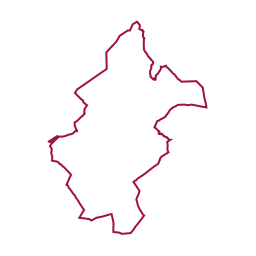 the district of Nome nor, Telemark, Norway, rotated 264°
{"feature_id": "86288312B14139397514158", "entity_name": "Nome nor", "entity_type": "district", "adm_level": 2, "iso_a3": "NOR", "parent_name": "Norway", "parent_adm1": "Telemark", "projection": "mercator", "projection_center": [9.16, 59.264], "detail": "fine", "context": "isolated", "style": "outline", "palette": "rose", "viewbox_px": 256, "rotation_deg": 264, "n_neighbors": 0, "source": "geoboundaries", "source_scale": "gbopen_adm2", "svg_char_len": 5547}
<svg xmlns="http://www.w3.org/2000/svg" viewBox="0 0 256 256"><g transform="rotate(264 128 128)"><path d="M43.8,70.2L41.5,79.9L39.8,81.9L42.0,87.1L42.6,93.4L44.0,100.8L44.1,102.7L35.2,103.7L27.8,102.7L26.1,102.6L25.1,107.5L24.9,108.0L24.9,108.4L24.7,108.6L24.6,108.9L24.4,109.2L24.3,109.5L24.0,109.7L23.9,110.1L23.4,110.8L23.3,113.0L23.3,113.9L23.2,119.7L27.8,124.1L28.8,124.7L30.5,126.6L39.3,134.9L40.2,133.9L45.9,131.2L48.6,130.1L50.2,129.7L51.5,129.6L51.9,129.4L52.9,129.5L54.4,129.2L55.1,128.9L55.8,128.8L56.5,129.1L57.6,129.4L59.3,130.6L62.2,132.1L64.3,132.8L69.1,130.3L69.9,130.0L70.7,129.4L71.9,128.9L73.7,127.8L74.7,129.3L75.0,129.6L75.1,130.6L76.3,131.7L76.9,132.7L79.4,137.5L80.1,138.9L86.0,148.4L87.1,150.2L88.9,153.5L89.5,154.4L90.4,155.0L91.4,155.4L92.6,156.2L93.4,156.4L94.3,156.8L94.6,156.9L94.7,157.1L94.8,157.2L95.4,157.8L95.8,158.0L96.8,159.9L97.1,160.6L97.4,161.1L98.0,162.4L98.1,162.7L98.8,164.2L99.3,164.9L99.6,165.7L102.3,164.9L107.0,165.7L110.1,165.5L111.8,168.7L111.9,167.9L112.1,167.8L112.1,167.6L113.2,166.8L113.3,166.6L113.5,166.3L114.1,166.3L114.6,165.8L114.9,165.3L115.1,164.7L115.1,164.2L116.1,163.3L116.3,163.2L116.3,162.7L116.7,162.3L117.0,162.3L117.7,161.9L118.2,161.2L118.4,161.1L118.8,161.0L118.9,160.8L118.9,160.4L118.6,160.1L118.7,159.8L118.4,159.7L118.5,159.2L118.9,158.6L118.7,158.5L118.7,158.4L119.0,158.2L119.2,157.9L119.4,157.9L119.7,158.1L119.9,158.4L119.9,158.6L120.2,158.4L120.3,158.3L120.6,158.3L120.6,158.5L120.8,158.7L120.8,158.8L121.1,158.9L121.4,158.8L121.8,158.0L122.2,157.7L122.4,157.4L123.1,156.9L123.6,156.6L124.9,155.5L125.4,155.2L125.5,155.1L125.4,154.9L125.8,154.4L131.8,157.7L132.0,158.2L132.1,159.6L132.3,160.0L132.8,160.5L133.4,161.8L133.7,162.9L134.5,164.6L134.8,165.5L135.8,166.6L137.1,167.8L137.5,168.1L137.6,168.4L139.2,169.8L140.6,170.8L141.2,171.4L141.7,171.8L142.8,173.3L142.8,173.5L142.9,173.8L143.3,174.1L143.5,174.7L143.8,175.0L143.9,175.4L144.2,176.0L144.3,176.6L144.6,177.3L144.6,177.6L144.8,178.1L145.1,178.4L145.8,180.4L145.3,187.1L144.4,189.5L144.6,193.8L143.9,195.8L143.1,198.8L142.8,199.4L142.7,200.2L142.5,200.7L142.2,201.2L142.1,201.5L142.0,202.2L141.8,202.9L141.7,203.3L140.9,205.9L140.8,206.7L140.5,207.4L140.3,208.1L144.1,208.0L147.7,207.4L151.4,207.0L156.7,206.8L159.3,206.6L159.6,206.7L160.3,206.6L167.4,200.9L168.5,185.9L169.2,185.3L170.5,184.3L170.7,184.0L170.9,183.3L172.2,182.3L174.8,180.8L176.0,180.0L176.6,179.8L176.9,179.1L177.8,178.2L179.1,177.4L182.1,175.2L183.7,173.8L184.8,172.6L185.2,172.4L186.0,172.3L186.0,172.1L185.8,171.7L185.8,171.2L185.6,171.0L185.5,170.5L185.3,170.3L185.3,169.8L185.1,168.3L185.1,168.1L185.3,167.8L185.3,167.5L185.5,167.1L183.5,166.9L181.2,165.3L180.7,164.7L179.2,163.6L178.8,163.3L177.4,161.2L176.8,161.3L175.7,160.8L175.3,160.9L174.9,160.7L174.6,160.4L174.4,160.3L174.0,160.4L173.7,160.3L173.4,160.4L173.4,160.0L173.1,159.5L173.1,159.2L173.4,159.0L173.5,159.0L173.7,158.8L174.1,158.5L174.4,158.5L174.3,158.2L174.1,157.8L176.6,155.8L177.0,155.7L177.9,156.0L178.4,156.0L178.7,155.8L180.4,155.6L180.7,155.8L181.5,155.8L182.5,156.0L185.2,157.5L185.7,157.6L186.8,157.4L188.3,157.9L188.4,158.0L188.1,158.5L188.7,159.0L189.3,159.5L189.8,159.7L191.0,160.0L192.0,159.3L193.1,158.4L193.5,158.1L194.0,158.0L194.5,157.6L194.7,157.3L194.8,157.3L195.2,157.1L195.4,156.8L196.1,156.3L196.3,156.3L196.7,156.1L196.9,155.7L197.4,155.5L197.7,155.2L198.8,154.9L199.4,154.6L200.0,154.2L201.3,153.8L201.9,153.1L202.8,152.6L204.7,152.0L205.8,152.2L208.1,152.3L211.1,152.6L214.5,153.1L214.8,153.3L215.0,153.2L215.2,153.5L215.7,153.6L215.9,153.4L216.2,153.0L216.9,152.6L217.1,152.5L217.8,152.6L218.4,152.4L219.2,152.8L220.0,152.8L220.3,152.7L220.6,152.8L221.1,153.1L221.4,153.2L222.3,153.5L222.5,153.2L223.0,153.0L222.8,152.9L223.1,152.7L223.3,152.5L223.4,152.1L223.9,151.9L225.2,149.6L228.9,150.6L232.8,148.1L230.6,143.5L224.7,140.0L225.0,138.0L220.6,129.4L215.1,125.4L205.5,114.4L189.0,113.0L171.6,81.3L168.3,78.9L161.0,84.9L160.7,85.4L160.3,85.6L160.1,86.2L159.6,86.2L158.6,86.1L158.2,86.4L157.9,86.6L156.5,88.1L155.5,88.9L155.5,89.0L154.8,89.7L153.1,88.1L152.7,87.9L151.6,86.9L150.9,86.6L149.1,86.3L147.0,86.4L146.9,86.3L146.8,86.1L146.8,85.9L146.3,85.9L146.2,85.7L145.8,85.3L145.7,85.2L145.5,84.7L144.6,83.9L144.5,83.5L144.1,83.0L143.9,82.6L143.8,82.4L143.0,81.5L142.2,80.3L141.7,80.0L141.2,79.2L140.3,78.1L139.6,76.5L139.1,75.5L138.2,75.4L135.2,75.4L133.6,76.0L133.1,75.9L131.5,76.8L130.2,76.9L130.4,75.2L129.5,74.0L129.0,73.6L127.9,71.5L127.8,70.6L127.8,70.4L127.8,69.6L127.7,68.7L127.3,67.5L127.0,66.1L126.7,65.4L126.5,64.6L126.5,63.7L126.2,62.2L126.6,59.5L126.5,58.6L126.4,58.3L126.0,57.5L125.4,56.9L124.1,54.9L123.9,54.5L122.8,53.4L122.3,52.5L123.2,52.3L123.4,53.0L124.0,53.8L125.0,54.6L125.4,55.2L125.8,55.6L126.3,56.6L126.7,57.0L126.8,57.2L127.1,57.2L127.3,57.1L127.4,56.9L126.9,56.3L125.8,53.4L124.9,52.0L124.1,50.5L123.0,48.0L122.9,47.9L122.6,48.3L122.4,48.4L122.4,48.9L122.2,49.9L121.7,51.5L121.8,51.7L121.7,52.0L120.8,51.0L120.0,49.9L119.0,49.1L118.0,48.5L116.8,49.3L115.8,49.7L115.2,49.9L114.6,49.9L113.4,49.7L111.2,49.0L109.1,49.3L108.5,49.6L107.9,49.7L107.3,49.7L106.9,49.5L105.4,49.5L104.8,49.3L103.8,49.1L103.6,49.0L102.9,50.6L102.3,52.9L101.9,54.2L101.6,54.9L100.7,55.3L99.5,56.3L99.2,56.4L98.9,57.5L98.5,57.9L98.1,58.1L97.6,58.2L95.5,60.4L89.0,65.4L88.1,66.0L87.5,66.5L85.5,65.3L84.2,64.3L83.6,64.1L80.9,62.7L77.9,60.9L77.2,62.0L76.5,62.4L74.9,62.7L73.6,63.8L67.6,67.1L66.8,67.9L65.8,68.4L63.9,69.0L63.4,69.4L62.7,69.8L61.9,70.1L60.4,71.1L58.1,72.0L51.1,75.7L43.8,70.2Z" fill="none" stroke="#9f1239" stroke-width="2"/></g></svg>